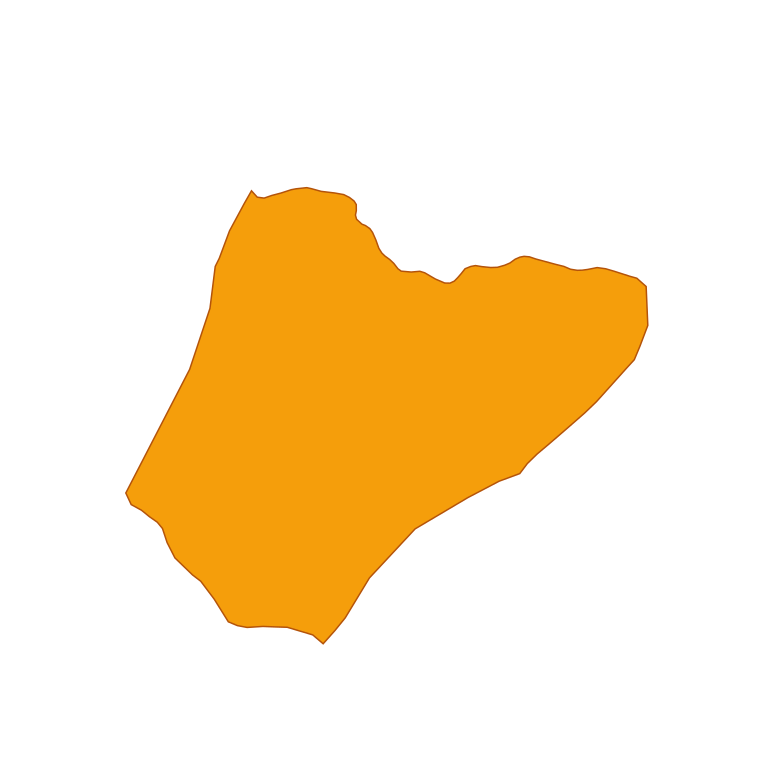 San Cristóbal Cucho, San Marcos, Guatemala (orthographic projection), rotated 251°
{"feature_id": "79465075B28404659355934", "entity_name": "San Cristóbal Cucho", "entity_type": "district", "adm_level": 2, "iso_a3": "GTM", "parent_name": "Guatemala", "parent_adm1": "San Marcos", "projection": "orthographic", "projection_center": [-91.762, 14.885], "detail": "fine", "context": "isolated", "style": "filled", "palette": "amber", "viewbox_px": 768, "rotation_deg": 251, "n_neighbors": 0, "source": "geoboundaries", "source_scale": "gbopen_adm2", "svg_char_len": 1491}
<svg xmlns="http://www.w3.org/2000/svg" viewBox="0 0 768 768"><g transform="rotate(251 384 384)"><path d="M390.8,663.6L401.7,657.5L405.9,651.4L415.7,638.3L420.8,631.1L424.7,623.4L426.0,613.9L427.1,608.4L428.6,603.7L431.8,597.7L436.6,592.4L441.4,585.0L452.8,568.2L456.9,562.9L459.1,558.0L459.7,553.9L459.3,548.7L457.4,542.4L457.0,536.8L457.4,529.3L459.4,522.8L463.1,514.8L466.2,509.0L466.9,504.3L466.6,498.2L463.4,493.2L460.6,488.4L458.4,484.0L457.9,479.2L459.7,474.3L466.5,466.8L471.0,462.9L475.9,458.7L478.9,454.6L481.0,446.2L485.1,437.0L488.4,434.7L494.9,432.5L499.9,429.9L504.6,426.6L508.5,424.6L514.0,423.3L522.8,423.2L526.6,422.9L531.1,422.5L535.5,421.2L539.8,418.1L542.4,415.1L548.7,411.7L553.0,412.0L557.0,414.3L562.7,416.2L566.7,415.3L571.6,412.1L576.2,407.6L580.6,399.7L586.6,387.3L592.3,379.0L594.8,374.9L597.2,364.4L597.9,359.6L598.1,348.7L598.8,339.4L598.8,331.2L601.9,325.0L609.8,321.6L600.2,310.7L579.1,287.8L556.5,269.2L550.1,262.7L512.2,244.1L461.1,205.0L365.0,104.4L352.3,105.7L343.6,113.6L334.9,119.0L327.2,124.6L319.5,127.5L304.7,127.3L287.6,129.7L265.8,140.8L257.2,146.5L235.9,153.4L209.8,159.4L203.3,166.7L198.4,175.3L194.2,190.6L189.5,202.7L185.5,213.3L177.6,224.3L170.0,234.9L158.2,241.9L166.9,257.4L175.5,271.2L205.4,307.1L236.9,366.3L249.3,426.4L254.6,461.1L255.1,483.2L262.1,493.6L268.0,506.1L274.0,521.6L283.3,544.8L291.3,564.4L298.1,579.1L320.4,619.2L325.5,628.6L336.3,638.2L353.5,652.5L390.8,663.6Z" fill="#f59e0b" stroke="#b45309" stroke-width="1.5"/></g></svg>